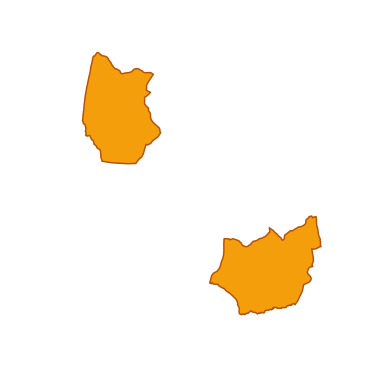 Awutu Senya East, Central, Ghana (Albers equal-area conic projection), rotated 113°
{"feature_id": "2480657B20036139360918", "entity_name": "Awutu Senya East", "entity_type": "district", "adm_level": 2, "iso_a3": "GHA", "parent_name": "Ghana", "parent_adm1": "Central", "projection": "albers", "projection_center": [-0.477, 5.487], "detail": "fine", "context": "isolated", "style": "filled", "palette": "amber", "viewbox_px": 384, "rotation_deg": 113, "n_neighbors": 0, "source": "geoboundaries", "source_scale": "gbopen_adm2", "svg_char_len": 5894}
<svg xmlns="http://www.w3.org/2000/svg" viewBox="0 0 384 384"><g transform="rotate(113 192 192)"><path d="M194.8,106.7L195.4,106.5L196.6,105.7L198.7,104.8L199.0,105.1L199.8,105.5L200.8,105.7L202.1,106.2L204.2,107.1L205.1,108.0L205.9,108.6L206.8,109.0L207.6,110.4L209.0,112.0L210.9,113.1L212.4,114.6L213.5,116.5L214.0,116.6L214.7,116.6L215.6,117.2L216.5,117.6L217.4,117.4L218.9,118.9L220.1,119.3L221.3,120.9L221.4,122.4L221.3,123.2L221.6,124.4L221.1,125.3L219.9,126.4L218.6,130.0L218.8,134.1L219.2,136.3L221.2,138.5L220.7,139.0L220.7,139.4L222.1,143.6L222.3,144.0L222.9,144.1L225.7,143.0L227.2,142.5L233.4,139.8L236.1,138.8L239.0,138.0L241.5,137.7L244.4,137.7L246.2,137.4L250.8,136.9L254.9,137.8L258.5,140.6L261.4,141.2L268.8,140.1L268.6,139.4L268.8,139.1L268.6,138.9L268.8,138.6L268.0,138.2L267.8,137.9L267.6,137.8L267.9,137.2L268.3,136.9L268.3,136.6L268.2,136.4L268.3,136.1L267.2,133.1L267.3,132.9L266.8,131.9L267.8,131.0L268.0,129.3L268.0,128.9L268.3,128.2L268.2,127.5L268.4,126.8L268.1,126.2L268.5,125.8L268.3,124.9L268.8,123.6L269.3,122.7L269.8,121.4L270.0,120.8L269.9,120.3L270.0,119.6L270.4,118.6L270.3,118.3L270.3,117.9L271.3,115.0L272.9,111.0L273.1,110.6L273.4,109.8L274.2,108.5L276.4,106.5L276.9,106.3L277.6,106.2L278.1,105.8L280.3,103.1L284.1,101.8L285.5,100.7L285.7,98.8L285.6,98.5L285.1,98.3L284.8,97.8L284.4,97.6L284.3,97.4L284.4,96.9L284.1,96.6L284.2,95.9L284.0,95.3L283.5,95.0L283.0,95.0L282.8,94.6L282.4,94.5L282.2,94.3L282.1,93.8L281.9,93.5L282.0,93.3L282.0,93.2L281.5,93.1L281.0,92.7L280.3,92.4L280.0,92.1L279.5,92.1L278.5,91.5L278.3,90.4L278.9,89.7L278.8,89.0L278.4,88.0L278.4,87.3L278.2,86.7L278.3,86.1L278.2,85.5L278.5,85.0L278.6,84.3L278.6,84.1L278.4,84.1L277.2,83.0L277.3,82.7L276.6,82.0L276.6,81.6L276.6,81.3L275.6,81.0L275.6,80.7L275.4,79.0L274.9,78.8L274.9,78.4L274.7,78.2L274.0,78.3L273.6,78.2L273.4,78.3L273.2,78.4L272.6,78.3L272.4,78.0L272.2,77.9L271.3,76.5L270.9,75.8L270.9,75.3L270.6,75.1L270.1,74.9L269.9,74.2L269.5,73.9L269.5,73.3L269.1,73.3L269.2,72.9L269.1,72.7L268.9,72.6L268.3,71.9L267.9,71.9L267.6,72.1L267.5,71.8L267.1,71.6L267.1,71.4L266.9,71.3L266.7,71.7L266.6,71.9L266.0,71.4L265.3,69.3L265.4,68.8L265.7,68.6L265.8,68.3L265.6,67.5L265.2,67.1L265.2,66.5L264.9,65.9L264.7,65.8L264.2,64.4L263.4,64.3L263.3,63.7L263.1,63.4L262.8,63.3L262.7,62.6L262.6,62.3L262.6,62.0L261.4,60.3L260.4,60.3L260.1,59.9L259.4,59.7L259.4,59.4L259.3,59.1L259.1,58.9L258.5,58.6L258.4,58.2L258.2,58.0L257.4,57.2L257.7,57.1L257.8,57.0L257.1,56.0L256.8,55.9L256.1,56.1L255.4,55.4L254.9,54.5L255.2,54.2L255.2,53.9L255.4,53.7L255.4,53.2L253.3,52.7L252.6,52.6L251.6,52.2L246.0,52.0L241.0,51.7L238.7,52.0L233.7,53.0L229.5,49.2L228.0,48.4L226.3,48.2L224.9,48.6L223.7,49.7L221.6,53.9L220.1,54.7L217.2,54.8L215.4,54.5L213.5,51.8L212.3,53.0L210.9,53.2L209.8,53.1L209.0,53.3L208.2,53.2L205.8,54.3L197.6,59.5L197.5,58.7L196.9,57.4L195.3,55.1L194.4,54.8L193.6,53.7L192.5,53.3L192.0,52.0L191.6,52.1L190.5,53.1L189.4,53.7L188.1,53.9L186.5,55.2L185.9,55.3L184.6,56.1L184.1,56.9L182.6,58.3L179.3,60.5L178.4,60.9L176.2,62.3L174.7,63.7L171.6,65.5L168.9,66.6L166.3,68.2L167.3,69.8L168.5,71.0L167.4,72.4L168.9,74.6L169.7,74.3L172.9,76.1L175.0,75.6L175.8,75.2L176.5,75.1L177.9,75.5L178.4,75.9L179.4,76.3L181.2,78.0L182.0,79.3L182.6,79.8L182.9,80.7L183.9,81.1L185.9,82.7L188.6,84.4L189.1,86.2L190.0,86.8L190.6,87.0L191.5,87.6L193.9,88.7L195.1,89.7L195.9,89.7L198.6,89.0L199.6,88.9L201.0,89.7L200.8,90.7L199.3,92.4L199.1,94.0L198.7,94.7L198.6,95.5L197.7,96.9L196.7,100.1L196.3,101.0L195.7,102.4L194.8,106.7ZM198.8,286.7L196.4,277.2L191.2,262.5L187.7,254.9L184.8,254.2L182.3,253.5L180.2,252.4L179.1,252.0L176.1,251.7L166.3,253.0L166.2,251.6L165.8,250.9L164.7,250.2L163.5,249.0L161.4,248.6L159.7,247.9L156.5,246.1L155.8,245.8L155.1,245.0L149.7,244.0L148.6,245.3L147.3,245.9L146.2,246.8L145.8,247.3L145.1,249.5L143.7,253.5L142.6,256.0L141.9,257.0L141.3,257.8L139.9,259.1L139.6,259.3L138.3,259.8L136.9,260.5L135.9,261.2L134.8,262.5L134.6,263.1L133.9,263.9L133.3,264.3L132.4,264.5L131.8,264.9L131.3,266.0L131.3,266.4L130.7,267.7L129.5,269.8L129.5,270.0L123.3,272.6L121.6,271.4L120.0,270.5L118.7,269.9L116.5,269.3L116.4,272.7L116.1,273.7L113.4,274.7L112.2,275.3L111.1,275.5L108.1,275.3L98.8,273.6L98.6,274.8L98.3,276.1L98.3,276.9L100.1,280.7L100.6,282.2L100.7,283.5L100.5,284.0L100.0,284.8L100.0,285.0L100.0,285.9L99.9,287.4L99.7,288.1L99.6,288.8L99.9,290.9L101.3,293.0L101.5,293.2L101.9,293.5L102.6,293.6L103.2,294.1L103.5,294.2L104.1,294.2L104.7,294.4L105.7,295.6L106.5,296.4L106.9,296.9L108.1,299.2L110.5,302.7L110.3,304.3L109.7,304.7L109.1,305.3L108.7,306.0L108.4,306.8L108.5,306.9L108.5,307.6L108.2,309.6L108.7,310.9L108.5,311.5L106.4,315.2L105.2,316.5L104.4,317.6L104.1,318.3L103.3,319.4L103.2,320.0L102.7,320.5L102.3,321.0L102.0,321.2L101.2,322.7L101.0,323.3L101.1,325.8L101.2,326.5L101.6,327.3L101.7,328.0L101.2,329.3L101.3,330.3L101.1,330.7L100.8,331.0L100.4,332.0L100.3,332.4L100.6,333.6L101.2,334.0L102.5,334.3L104.8,334.6L105.3,335.6L106.8,335.8L112.3,334.6L115.6,334.2L117.0,333.8L117.7,333.7L119.6,333.1L123.0,332.3L124.6,332.1L137.6,329.6L141.1,328.7L143.3,328.3L153.7,325.4L155.2,324.8L155.8,324.7L158.9,323.6L159.7,323.5L164.8,322.0L166.8,321.2L169.1,320.7L169.4,320.5L169.6,320.2L170.0,319.9L170.4,319.2L171.5,318.7L171.6,318.3L171.6,317.5L171.8,316.9L172.3,316.3L173.2,315.9L173.6,315.3L174.0,315.0L174.5,314.9L175.1,314.5L176.2,314.1L177.0,313.9L177.9,313.8L178.0,313.5L178.3,313.2L179.0,312.6L180.3,312.1L181.0,312.1L181.3,311.9L181.6,311.3L181.2,311.0L181.3,310.0L180.9,309.4L180.3,308.9L180.1,308.6L180.0,308.4L180.0,308.1L181.2,306.7L182.7,305.3L183.0,304.8L183.1,304.5L183.0,304.0L183.2,303.3L183.4,303.0L185.3,301.3L186.1,301.1L186.3,300.8L186.3,300.2L186.9,298.7L187.0,298.3L187.2,297.8L188.3,296.9L188.5,296.3L188.7,295.9L188.6,295.3L189.0,294.0L189.0,293.1L189.2,292.9L191.4,291.6L192.3,291.0L195.8,289.3L198.8,286.7Z" fill="#f59e0b" stroke="#b45309" stroke-width="1.5"/></g></svg>